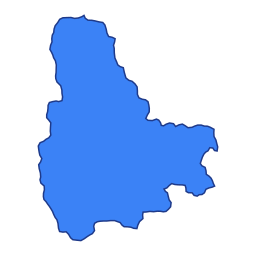 Divino das Laranjeiras, Minas Gerais, Brazil (Natural Earth projection)
{"feature_id": "56859067B59658665671688", "entity_name": "Divino das Laranjeiras", "entity_type": "district", "adm_level": 2, "iso_a3": "BRA", "parent_name": "Brazil", "parent_adm1": "Minas Gerais", "projection": "natural_earth1", "projection_center": [-41.495, -18.7], "detail": "fine", "context": "isolated", "style": "filled", "palette": "blue", "viewbox_px": 256, "rotation_deg": 0, "n_neighbors": 0, "source": "geoboundaries", "source_scale": "gbopen_adm2", "svg_char_len": 2743}
<svg xmlns="http://www.w3.org/2000/svg" viewBox="0 0 256 256"><path d="M214.0,129.3L210.3,127.3L207.5,126.2L204.3,126.1L201.3,125.1L197.6,125.1L194.4,126.2L192.1,127.3L188.0,127.7L185.3,125.8L182.4,124.1L179.1,124.8L175.6,126.5L173.5,123.7L169.6,123.0L166.1,124.2L163.6,125.8L161.3,125.4L160.5,122.7L158.7,120.1L156.4,119.1L152.3,120.6L147.9,120.3L145.8,118.5L147.4,114.9L149.2,111.9L149.3,108.4L148.8,105.0L148.0,101.7L145.5,99.8L142.1,99.2L138.9,97.8L137.4,94.4L137.4,90.8L137.1,86.9L135.0,83.9L132.1,81.3L128.8,80.3L125.9,77.9L124.3,72.4L123.3,67.7L120.1,66.6L117.8,64.9L116.6,61.8L114.9,58.0L114.3,52.8L114.2,48.3L113.5,45.3L114.6,41.9L115.1,38.7L112.2,37.3L108.6,36.5L106.9,32.9L106.2,29.2L104.9,25.0L102.8,22.5L98.7,21.8L95.0,20.9L91.8,20.3L88.0,20.2L85.2,18.2L84.0,15.4L81.9,16.7L78.3,18.0L74.5,18.4L71.0,17.5L67.1,17.6L62.8,17.8L59.7,19.3L57.7,22.6L55.2,25.7L54.1,29.0L53.7,32.6L52.3,35.1L51.8,38.7L52.0,41.9L50.6,45.3L49.9,49.4L51.5,52.2L52.8,55.0L53.6,57.7L55.4,60.8L56.3,64.9L56.2,68.2L56.1,72.5L55.6,75.9L55.8,78.7L57.0,82.0L60.7,85.7L61.9,90.1L62.0,93.5L62.6,96.9L62.0,100.6L58.7,101.6L56.1,101.0L52.7,101.6L49.4,102.5L48.1,105.3L48.0,108.4L47.6,111.8L46.7,114.6L46.7,117.7L48.8,120.1L50.8,122.8L50.5,126.9L50.3,131.2L50.8,135.1L48.8,137.8L46.0,139.3L43.6,141.3L40.1,142.7L38.3,146.0L38.7,149.2L39.2,152.3L39.8,155.1L41.8,158.5L40.6,161.9L38.7,164.7L39.2,168.6L40.4,173.0L40.7,177.0L40.0,179.8L40.9,183.1L44.2,186.0L44.4,189.8L43.5,193.3L43.4,196.7L44.0,199.5L46.0,201.6L47.6,204.0L49.2,206.1L50.7,208.4L52.5,211.4L53.7,214.4L55.2,217.5L56.9,219.7L58.0,223.4L58.5,228.2L59.6,231.5L62.9,232.1L66.2,231.8L68.6,234.3L70.6,237.8L72.8,239.7L77.0,240.2L80.9,240.6L84.3,238.7L87.2,236.6L89.7,235.0L92.4,233.6L94.5,230.6L93.7,226.2L94.6,223.3L97.4,221.7L100.3,221.2L103.4,221.0L106.6,221.0L110.5,220.6L114.7,220.6L117.4,221.6L120.1,222.5L122.1,225.2L124.1,226.7L127.4,226.8L130.9,227.2L133.7,228.3L136.9,228.6L137.8,225.2L139.5,221.6L142.9,218.6L142.6,214.9L143.1,212.1L145.9,212.0L149.9,211.4L153.6,211.7L157.4,211.2L160.7,211.3L163.3,211.8L166.0,211.4L168.4,209.3L170.6,206.8L171.1,202.6L169.1,199.8L168.2,196.2L167.4,192.8L165.4,191.4L164.0,189.0L166.9,187.9L169.2,185.5L171.7,183.6L174.9,184.5L178.2,184.8L182.4,184.9L185.1,185.4L185.9,187.9L186.1,191.4L188.4,192.7L192.1,192.8L194.1,195.4L197.2,196.1L199.2,194.7L202.0,194.5L204.4,192.8L205.9,189.3L209.0,187.9L212.0,187.2L214.6,186.1L213.3,183.4L212.4,180.7L211.0,178.1L209.0,176.1L206.3,174.3L206.0,170.7L205.1,167.4L201.9,165.8L200.3,163.5L201.3,160.3L202.4,157.1L203.9,154.1L205.7,152.1L208.0,150.8L209.8,147.7L212.8,148.0L214.5,150.5L217.1,151.0L217.7,146.9L217.0,144.4L215.9,140.0L214.0,136.5L213.8,132.7L214.0,129.3Z" fill="#3b82f6" stroke="#1e3a8a" stroke-width="1.5"/></svg>